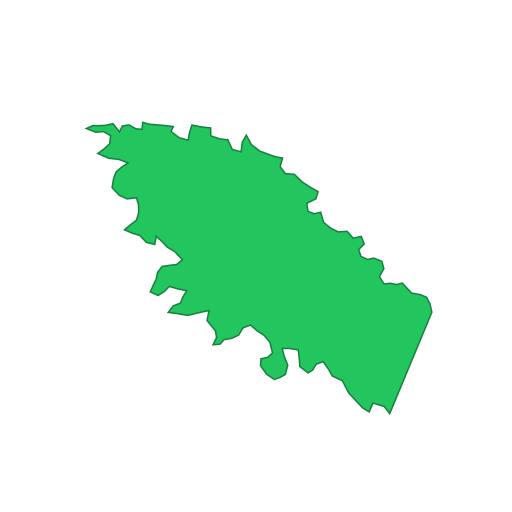 outline of Sul Brasil, Santa Catarina, Brazil, rotated 140°
{"feature_id": "56859067B48217728090454", "entity_name": "Sul Brasil", "entity_type": "district", "adm_level": 2, "iso_a3": "BRA", "parent_name": "Brazil", "parent_adm1": "Santa Catarina", "projection": "equal_earth", "projection_center": [-52.938, -26.7], "detail": "fine", "context": "isolated", "style": "filled", "palette": "green", "viewbox_px": 512, "rotation_deg": 140, "n_neighbors": 0, "source": "geoboundaries", "source_scale": "gbopen_adm2", "svg_char_len": 2094}
<svg xmlns="http://www.w3.org/2000/svg" viewBox="0 0 512 512"><g transform="rotate(140 256 256)"><path d="M254.9,49.3L157.4,99.9L153.4,107.7L151.9,114.7L154.8,120.6L160.7,127.7L161.3,141.2L166.6,143.7L170.7,148.8L175.9,152.3L174.7,160.9L166.2,164.1L163.0,171.1L167.1,178.6L172.7,181.6L175.9,188.2L173.3,194.9L165.4,195.6L162.8,203.4L170.1,207.1L170.3,216.3L177.4,221.5L180.8,229.0L182.6,238.3L178.3,248.0L184.1,250.8L187.5,256.7L183.2,263.7L173.3,261.3L167.1,265.3L170.0,273.2L173.0,282.8L174.1,293.9L180.6,300.2L180.0,309.0L172.7,313.9L177.4,319.7L180.9,325.6L185.6,333.7L187.9,344.2L185.8,354.8L193.2,352.1L200.5,345.4L205.7,352.9L202.8,363.1L208.4,368.9L213.4,377.1L208.4,383.3L214.6,389.6L220.9,397.5L227.3,393.5L233.6,388.4L238.8,396.0L241.1,406.0L236.1,408.3L242.0,414.6L248.2,420.8L252.8,425.2L256.9,431.2L261.9,426.3L266.3,430.7L269.1,438.2L274.8,441.5L280.8,438.9L280.5,449.4L286.8,452.5L292.0,456.4L297.0,460.7L304.0,462.7L299.1,453.7L292.9,449.4L290.0,441.7L296.0,436.0L304.2,435.7L311.3,436.2L306.0,425.5L299.0,418.2L294.1,409.5L301.1,410.4L309.0,410.4L315.4,406.8L322.3,400.9L321.7,390.3L318.0,382.6L310.1,377.4L313.3,370.4L318.0,364.6L324.5,360.3L332.1,360.6L339.9,360.6L336.2,353.2L331.8,346.3L331.2,336.9L326.2,329.9L319.7,335.3L318.7,327.4L318.3,319.7L315.4,311.7L314.8,300.5L322.3,300.5L328.6,304.7L334.7,308.4L341.9,306.7L347.3,302.4L353.4,299.7L360.1,296.5L356.4,288.7L349.0,287.7L342.0,288.4L337.0,281.0L331.4,273.9L338.7,271.5L344.1,268.5L351.4,271.0L359.5,269.2L353.1,262.2L346.4,254.3L337.6,250.0L327.1,244.5L335.0,238.0L335.2,224.6L338.7,218.8L346.0,215.6L340.2,211.6L334.1,212.4L327.7,208.6L320.1,206.6L312.2,209.3L304.6,206.6L303.1,197.3L300.8,190.1L300.8,181.1L305.7,171.1L312.5,170.9L318.3,174.1L323.0,169.1L323.9,158.9L321.3,149.6L315.4,147.5L309.6,146.4L301.9,151.9L298.7,161.3L295.4,168.3L290.0,163.9L284.0,156.9L288.8,149.6L293.5,143.2L291.3,133.0L285.9,132.2L279.5,134.4L272.4,131.9L273.2,122.6L274.7,115.0L270.0,104.9L273.0,91.7L272.4,79.0L271.9,70.8L269.5,63.8L261.0,68.2L254.5,58.3L254.9,49.3Z" fill="#22c55e" stroke="#15803d" stroke-width="1.5"/></g></svg>